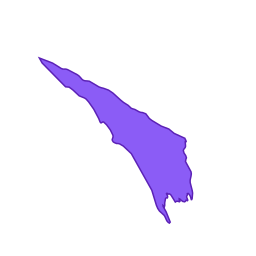 map outline of South Karelia (Equal Earth projection), rotated 242°
{"feature_id": "FIN-3188", "entity_name": "South Karelia", "entity_type": "Province", "adm_level": 1, "iso_a3": "FIN", "parent_name": "Finland", "parent_adm1": "", "projection": "equal_earth", "projection_center": [28.093, 61.258], "detail": "fine", "context": "isolated", "style": "filled", "palette": "violet", "viewbox_px": 256, "rotation_deg": 242, "n_neighbors": 0, "source": "natural_earth", "source_scale": "10m", "svg_char_len": 1954}
<svg xmlns="http://www.w3.org/2000/svg" viewBox="0 0 256 256"><g transform="rotate(242 128 128)"><path d="M231.4,82.6L220.7,91.9L211.9,97.0L210.6,98.2L209.1,100.9L207.9,102.1L198.6,108.4L196.6,109.3L192.4,110.3L190.9,111.1L189.8,112.3L188.6,114.2L187.5,115.8L178.1,121.5L176.2,123.2L175.4,124.1L174.4,125.2L170.6,128.6L165.9,131.1L156.1,134.6L152.6,136.1L147.9,138.8L144.2,140.0L143.1,140.8L141.1,142.8L137.1,145.4L135.9,146.5L134.8,148.1L132.2,150.4L126.4,151.3L123.5,152.6L114.0,158.3L107.9,163.6L101.6,166.2L92.2,173.4L91.1,173.2L90.5,173.3L89.0,173.1L88.8,173.0L88.9,172.9L89.1,172.7L89.4,172.5L88.9,172.0L85.6,170.6L84.5,170.0L83.9,169.2L82.9,167.1L82.2,166.3L79.6,165.7L76.6,166.0L74.2,165.6L73.4,164.6L71.4,163.0L59.8,163.1L57.8,162.4L56.0,161.1L52.8,158.4L50.7,157.3L42.5,155.3L40.2,154.5L35.7,151.6L34.9,150.7L35.0,150.3L35.9,150.4L36.9,150.7L39.0,151.0L41.0,150.8L42.0,150.4L42.2,149.6L41.6,149.4L40.9,148.8L40.5,148.1L39.8,147.5L38.8,147.2L36.6,147.0L36.1,146.8L35.9,146.4L37.0,145.4L36.4,144.5L36.2,143.4L37.4,141.9L39.7,140.8L40.8,140.5L41.5,140.0L40.7,139.6L40.3,139.4L39.4,139.3L38.9,139.4L38.7,138.8L40.1,137.3L40.5,136.4L40.4,135.0L48.1,134.5L49.3,134.3L50.5,133.5L50.5,133.1L50.6,132.7L51.0,132.4L51.6,132.1L52.0,131.8L51.9,131.7L51.8,131.3L51.8,131.1L50.1,131.1L48.5,130.7L47.8,129.9L48.3,129.3L48.2,128.1L44.7,125.3L42.4,124.1L41.4,123.2L42.5,123.0L43.3,122.6L42.3,122.2L36.0,122.3L25.1,121.1L24.6,119.9L25.7,119.2L27.8,118.7L32.6,119.0L34.0,118.9L39.9,116.8L43.0,116.5L46.5,116.8L61.9,119.8L103.8,118.9L114.2,115.4L117.8,113.2L118.6,112.4L119.1,111.7L119.4,111.1L119.7,110.6L121.1,109.4L122.5,108.5L124.2,108.3L125.2,108.6L127.1,110.6L128.7,111.3L134.6,111.5L140.9,110.6L144.7,109.3L145.2,108.6L145.1,106.8L145.5,106.3L146.6,106.2L150.2,106.6L160.6,106.6L169.5,105.5L173.2,104.6L174.9,103.7L179.3,100.0L187.5,97.2L191.7,95.2L193.7,92.2L225.7,82.7L231.3,82.6L231.4,82.6Z" fill="#8b5cf6" stroke="#5b21b6" stroke-width="1.5"/></g></svg>